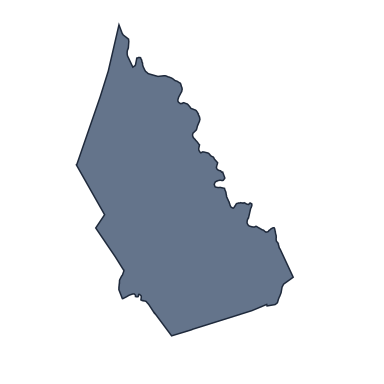 the district of Zvishavane Urban, Midlands, Zimbabwe, rotated 194°
{"feature_id": "62879985B32453879798080", "entity_name": "Zvishavane Urban", "entity_type": "district", "adm_level": 2, "iso_a3": "ZWE", "parent_name": "Zimbabwe", "parent_adm1": "Midlands", "projection": "equal_earth", "projection_center": [30.044, -20.326], "detail": "fine", "context": "isolated", "style": "filled", "palette": "slate", "viewbox_px": 384, "rotation_deg": 194, "n_neighbors": 0, "source": "geoboundaries", "source_scale": "gbopen_adm2", "svg_char_len": 5881}
<svg xmlns="http://www.w3.org/2000/svg" viewBox="0 0 384 384"><g transform="rotate(194 192 192)"><path d="M105.3,91.3L92.3,101.0L91.6,99.6L84.3,102.8L83.9,103.1L82.4,105.1L82.3,105.7L82.2,108.7L81.9,111.2L81.7,111.8L81.2,115.8L81.6,121.5L80.8,124.8L74.5,132.2L73.2,133.8L92.7,157.9L94.0,159.0L94.0,159.4L94.3,159.9L94.6,160.3L95.0,161.2L95.3,161.5L95.6,162.3L95.6,162.5L95.9,162.6L96.3,163.4L97.3,164.1L97.8,164.3L98.4,165.0L98.5,165.4L98.5,165.5L99.0,166.6L99.3,168.5L99.9,170.3L100.3,170.9L100.9,172.0L101.2,172.7L101.3,172.9L101.6,173.8L101.9,174.1L102.1,174.7L103.0,176.5L103.4,176.9L103.7,177.2L104.7,176.9L105.6,176.1L106.1,175.7L106.6,175.2L106.7,174.8L107.6,173.7L107.9,173.5L108.2,172.8L108.3,172.6L108.3,172.2L109.0,171.6L109.9,171.3L110.3,170.9L110.6,170.9L110.8,171.1L111.9,171.4L113.0,172.1L113.5,172.3L114.8,172.3L116.3,172.8L116.7,172.8L117.3,173.0L117.5,173.2L117.9,173.3L118.5,173.3L121.1,174.2L121.5,174.2L121.8,174.0L122.0,174.0L122.4,173.5L123.1,173.1L123.3,172.9L124.6,172.9L125.0,172.7L125.7,172.7L126.3,172.8L128.1,172.8L129.2,173.3L129.4,173.5L130.0,173.9L131.0,175.2L131.3,176.1L131.3,176.4L131.4,176.8L131.5,178.5L131.3,179.0L131.3,179.8L131.2,180.3L131.0,180.5L130.9,180.5L131.1,190.1L131.0,190.8L130.8,191.2L130.8,191.9L130.7,192.3L130.7,193.9L131.0,194.3L131.0,194.5L131.1,194.9L132.7,195.4L133.0,195.4L133.3,195.0L133.3,194.8L133.5,194.8L133.9,193.9L134.2,193.5L136.2,193.5L136.6,193.7L136.9,193.7L137.4,194.0L137.5,194.0L138.7,194.2L138.8,194.0L139.1,194.0L139.7,193.6L140.0,193.6L140.0,193.4L142.3,193.4L142.6,193.0L143.0,192.8L143.6,192.8L144.2,192.6L144.6,192.2L145.5,191.9L146.1,191.3L146.4,190.6L146.4,190.2L146.9,189.1L146.9,188.7L147.4,187.6L147.4,187.4L147.5,187.0L148.1,186.3L148.8,186.3L149.7,186.6L150.1,186.6L150.7,187.0L151.1,187.5L151.4,187.7L151.6,188.1L152.0,188.6L152.6,189.7L153.2,190.4L153.3,190.8L153.6,191.2L153.9,191.7L154.4,192.1L155.4,193.5L156.0,194.1L156.4,194.8L156.9,195.2L157.2,195.5L157.4,196.1L157.7,197.0L158.0,197.4L158.3,198.3L158.5,198.5L158.9,199.7L159.2,200.1L159.5,200.7L160.4,201.7L160.7,202.3L161.0,202.7L161.3,203.4L165.8,203.3L167.7,202.6L170.7,202.5L171.5,203.4L171.7,204.0L172.2,204.5L172.2,206.0L171.9,206.7L171.9,207.3L170.8,208.4L170.6,208.4L170.6,208.6L170.2,208.8L169.9,209.1L169.2,209.5L168.6,209.7L167.7,210.3L166.1,210.3L165.7,210.5L165.1,210.5L164.8,210.7L164.5,210.9L164.2,211.6L163.7,212.7L163.7,213.1L163.5,213.3L163.5,213.5L167.1,218.8L167.9,218.4L168.7,218.9L169.0,219.3L169.5,219.5L171.2,219.4L171.5,219.6L171.8,219.6L173.1,220.1L174.0,221.2L174.1,221.6L174.3,221.8L174.3,224.3L174.2,225.1L174.2,226.6L178.3,229.4L179.3,230.7L179.9,231.1L181.9,231.4L183.4,232.3L183.5,232.3L184.0,232.8L185.3,233.6L185.7,233.6L186.1,233.7L190.4,233.7L190.8,233.5L191.4,233.5L191.5,233.3L191.9,233.1L192.2,232.7L192.7,232.3L193.1,232.1L193.7,232.5L195.3,234.0L195.6,234.5L196.0,235.8L196.1,239.6L196.6,239.8L199.0,241.8L199.7,242.3L200.7,242.9L201.2,243.2L201.5,243.6L201.8,243.8L202.1,244.0L202.5,244.1L202.9,244.5L203.7,244.9L204.0,245.2L204.0,245.4L204.2,245.6L204.8,246.3L205.3,247.6L205.3,249.3L205.1,249.6L202.8,253.3L202.8,253.7L202.7,254.1L202.7,257.6L202.6,257.9L202.6,258.3L202.4,258.7L202.5,259.0L202.3,259.6L202.3,260.1L202.2,260.3L202.2,261.1L201.9,261.8L201.9,262.4L201.9,264.6L202.6,265.8L202.6,266.2L202.8,266.6L203.1,266.8L203.4,267.1L203.5,267.5L203.8,267.7L204.4,268.4L204.6,268.8L204.8,269.1L204.8,269.3L205.0,269.3L205.1,269.5L205.3,269.8L206.0,270.6L207.3,271.7L207.6,272.0L207.9,272.0L208.2,272.2L208.8,272.4L209.5,272.4L210.1,272.5L210.7,272.5L211.0,272.7L211.9,272.7L213.5,273.0L214.6,274.1L216.5,275.4L216.8,275.7L218.0,276.3L220.0,276.4L220.6,276.6L221.9,276.6L222.2,276.4L222.6,275.8L222.8,275.8L222.8,275.6L224.7,274.9L225.1,275.2L226.3,275.6L226.6,275.8L226.8,275.8L227.7,276.8L227.7,277.0L228.0,277.8L228.0,279.0L227.9,279.4L227.9,280.7L226.5,286.4L226.3,286.8L226.4,289.4L226.5,289.6L226.8,290.3L226.9,290.5L227.0,290.8L228.0,292.1L228.4,293.0L228.7,293.4L228.9,293.8L229.4,294.5L230.2,295.0L230.8,295.0L231.9,295.4L232.7,295.7L233.4,295.9L235.4,296.0L238.2,297.3L240.2,297.8L241.1,297.8L241.7,298.0L243.1,297.9L243.6,298.1L244.2,298.1L244.7,298.3L246.3,298.3L246.8,298.1L247.1,298.1L253.0,295.9L262.3,296.2L262.7,296.3L263.3,296.3L265.2,297.4L266.2,297.7L266.7,298.3L267.0,298.5L269.8,301.9L270.2,302.7L270.6,303.2L271.2,305.2L272.0,306.1L272.1,306.5L272.4,306.8L272.4,307.0L272.7,307.8L273.3,308.5L273.6,308.7L274.2,309.4L274.3,309.8L274.6,309.9L275.2,309.9L275.6,309.7L276.2,309.7L276.4,309.5L277.8,308.6L277.8,308.4L278.0,308.4L277.9,307.7L277.6,301.8L277.9,300.7L278.0,300.7L279.6,298.8L286.7,307.5L287.1,307.9L287.4,308.3L288.1,309.7L288.3,310.4L288.6,311.4L288.9,313.0L288.9,314.7L288.7,315.0L288.8,316.0L288.6,316.2L288.6,316.3L289.7,322.6L289.8,323.1L290.1,323.7L290.3,324.2L290.4,324.4L290.4,324.6L290.6,324.8L290.6,325.0L296.5,327.6L297.1,328.0L297.7,328.7L297.9,328.7L303.3,336.5L302.5,289.1L304.1,262.2L310.4,191.0L310.5,191.0L310.8,190.4L271.3,148.8L276.7,133.8L250.8,110.6L239.6,99.8L239.3,99.8L239.0,99.0L239.4,94.6L240.0,93.3L240.8,89.8L240.9,89.4L240.9,88.3L240.8,88.0L240.5,86.7L240.5,86.1L240.3,86.0L240.3,84.8L240.2,84.7L240.2,83.9L240.0,83.6L240.0,82.6L239.9,82.3L239.9,81.9L239.7,81.5L239.7,81.2L239.4,79.9L239.3,79.5L233.8,71.7L233.4,71.7L230.2,74.5L228.1,76.6L224.7,78.8L224.4,78.8L224.0,79.0L223.7,79.0L223.3,79.1L222.9,78.9L222.1,78.3L221.8,78.0L221.7,77.6L221.7,77.4L221.5,77.2L221.5,76.9L220.4,76.9L219.1,77.3L218.9,77.5L218.9,79.7L218.8,79.9L217.9,79.9L216.7,79.2L216.3,79.0L215.9,78.4L215.9,77.9L215.7,77.5L215.7,77.0L215.6,76.4L215.6,75.5L215.4,75.3L215.4,74.9L214.7,74.8L214.2,74.6L213.1,74.6L213.1,74.8L210.8,74.8L210.3,74.7L210.0,74.7L209.2,74.1L208.3,73.4L207.8,73.2L207.0,72.5L206.4,72.1L206.1,71.8L199.9,66.0L199.3,65.4L199.2,65.7L177.0,47.5L158.8,58.4L158.5,58.8L105.3,91.3Z" fill="#64748b" stroke="#1e293b" stroke-width="1.5"/></g></svg>